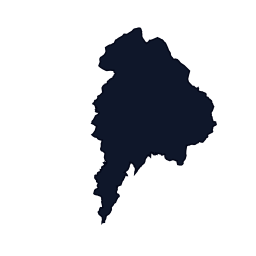 the district of Mogos, Alba, Romania, rotated 129°
{"feature_id": "2599482B52789087649839", "entity_name": "Mogos", "entity_type": "district", "adm_level": 2, "iso_a3": "ROU", "parent_name": "Romania", "parent_adm1": "Alba", "projection": "mercator", "projection_center": [23.332, 46.276], "detail": "fine", "context": "isolated", "style": "filled", "palette": "ink", "viewbox_px": 256, "rotation_deg": 129, "n_neighbors": 0, "source": "geoboundaries", "source_scale": "gbopen_adm2", "svg_char_len": 5765}
<svg xmlns="http://www.w3.org/2000/svg" viewBox="0 0 256 256"><g transform="rotate(129 128 128)"><path d="M79.6,196.0L82.1,193.2L84.0,192.5L86.2,192.3L90.0,193.3L90.4,193.6L92.0,193.2L93.4,191.8L93.7,191.1L97.9,189.7L98.0,187.7L97.7,184.9L96.9,181.3L96.5,180.6L94.9,179.1L93.6,177.6L93.2,176.8L92.1,175.3L93.2,173.9L93.4,173.3L93.3,172.5L93.7,171.8L94.5,171.7L95.4,172.0L96.7,171.5L97.6,171.7L98.3,171.1L100.9,172.3L102.2,172.7L103.5,172.6L104.0,173.0L105.0,173.0L105.4,172.8L105.9,172.0L106.1,172.0L107.3,172.4L108.0,172.9L108.3,173.3L109.6,173.1L110.1,173.3L110.1,173.6L111.2,173.7L113.0,173.3L113.0,172.8L113.9,172.6L114.2,171.8L115.0,171.3L114.9,170.8L115.1,170.7L115.5,170.7L116.0,170.1L116.6,169.9L120.7,170.4L121.8,171.2L122.6,171.2L123.3,170.4L124.6,170.0L126.8,170.2L127.2,170.9L128.0,170.9L129.4,170.1L130.6,170.6L131.2,170.5L130.9,169.2L131.0,168.2L131.7,166.4L132.1,164.9L132.3,165.0L132.5,165.8L133.1,165.0L133.5,164.8L133.8,164.0L134.4,164.5L134.6,164.0L134.5,163.5L135.4,163.6L135.5,162.9L134.7,161.5L134.1,161.1L134.1,160.2L134.6,159.8L136.7,159.8L138.4,160.6L139.3,160.8L139.9,160.5L143.6,159.8L145.1,160.0L145.7,159.8L146.3,159.2L147.2,159.1L146.5,156.6L146.6,155.3L146.3,153.5L150.6,151.7L154.3,151.4L155.9,151.8L156.0,150.2L155.8,148.5L155.7,148.0L154.9,146.7L154.8,146.1L155.2,144.4L155.0,143.2L153.6,140.3L156.4,138.9L156.8,138.9L159.0,137.0L161.4,136.0L162.0,135.2L162.2,134.1L161.6,132.6L162.0,129.8L165.6,127.8L167.3,125.3L167.5,123.7L167.8,123.1L168.4,123.2L169.1,122.3L169.5,122.4L169.3,123.0L169.3,123.8L169.6,123.4L170.1,123.7L170.2,125.0L170.4,125.1L170.7,123.7L171.5,122.5L172.2,122.8L172.2,122.4L172.4,122.3L172.7,122.5L172.8,123.0L173.4,123.0L173.9,123.5L174.4,123.3L174.5,123.7L175.2,123.5L176.5,122.3L177.2,122.4L177.7,123.2L178.7,122.2L179.7,122.3L180.0,122.1L180.3,122.2L180.7,122.9L181.9,123.3L183.0,122.8L183.2,122.6L183.1,122.4L183.5,122.1L184.6,122.4L184.9,123.3L185.6,123.7L186.0,123.6L186.4,123.3L186.8,122.5L187.5,122.5L187.9,121.7L187.8,120.5L188.1,120.4L187.8,119.8L189.4,118.5L189.1,118.0L189.3,116.2L191.9,115.6L192.4,115.1L192.6,114.2L193.0,113.4L195.0,113.8L195.9,114.4L197.3,114.6L200.4,113.2L200.4,112.3L199.9,111.0L198.9,109.2L198.6,107.8L198.0,106.7L198.4,104.6L200.0,103.3L200.4,102.5L201.9,101.9L204.1,99.0L205.7,97.5L206.2,97.6L207.1,99.1L207.7,99.2L208.9,98.8L210.4,98.0L212.0,98.2L213.2,96.1L213.2,94.0L213.3,92.0L215.5,89.8L216.8,89.3L217.9,88.5L217.4,88.5L217.0,87.9L216.1,87.0L214.9,87.9L215.0,88.1L213.9,88.1L212.5,88.4L211.6,89.1L211.1,89.1L209.9,89.8L206.8,88.8L204.4,88.9L203.8,89.2L202.1,89.5L201.9,89.9L200.8,90.6L200.7,90.9L200.2,91.3L197.3,91.2L195.4,91.6L193.7,91.0L190.2,92.0L189.5,92.0L188.7,92.4L187.0,91.9L186.4,92.2L186.0,92.8L185.8,93.5L185.8,94.1L186.3,95.4L185.8,96.2L184.8,97.3L184.1,97.3L182.7,97.7L181.8,98.6L181.3,98.8L181.3,99.2L179.8,99.3L179.9,99.8L176.7,97.8L173.8,98.9L172.4,99.3L171.1,99.1L170.1,99.8L169.1,99.6L168.0,100.1L166.6,100.4L165.7,100.4L165.6,99.6L165.7,99.1L165.4,98.7L165.1,99.2L164.4,101.8L164.3,102.1L164.7,103.0L161.0,102.1L160.1,102.1L157.3,102.9L156.4,103.6L154.4,104.1L153.5,104.9L152.9,104.2L152.8,103.8L153.0,103.5L152.3,102.3L152.6,101.9L152.6,101.1L153.0,100.7L152.9,99.8L153.1,99.1L153.7,99.2L154.2,97.4L154.5,97.0L154.5,96.3L155.3,96.3L156.1,95.2L156.7,95.4L157.3,95.2L159.3,93.9L155.9,93.9L154.3,94.3L152.0,94.2L151.0,94.4L150.3,94.3L149.9,93.9L148.3,94.1L145.2,93.5L143.6,93.9L142.2,94.7L141.0,95.2L138.3,95.3L137.2,95.7L136.6,94.6L136.0,94.7L136.3,92.4L134.2,93.9L133.4,94.8L133.2,94.9L132.8,94.3L132.1,94.6L131.9,94.0L132.4,93.9L132.2,93.1L131.5,92.7L132.5,91.7L132.5,91.4L132.3,91.0L131.8,91.1L131.7,91.0L131.7,90.2L131.3,89.8L130.7,89.7L130.6,90.0L130.5,89.8L130.2,89.9L130.1,89.7L130.4,89.4L130.3,89.2L129.8,90.3L129.5,89.5L128.4,88.3L128.2,87.4L127.2,86.3L127.2,85.8L127.7,85.5L127.7,84.7L126.7,84.0L125.5,83.5L125.3,83.2L125.3,82.7L126.9,81.2L127.8,80.0L127.5,78.9L128.0,78.5L127.0,75.1L124.2,73.3L123.5,71.6L123.1,70.1L122.5,69.2L123.1,68.8L125.0,66.4L124.2,64.8L122.9,63.2L122.0,62.9L120.9,63.0L119.7,64.2L116.1,64.3L112.9,65.7L111.8,67.1L109.5,68.8L104.7,71.6L104.2,70.9L102.7,70.1L102.5,69.6L101.6,69.3L99.8,67.9L99.8,67.2L98.6,65.8L97.7,65.4L96.5,65.2L95.5,64.4L93.5,64.4L93.3,64.1L93.0,63.0L92.7,62.2L91.9,61.1L87.7,61.0L86.5,61.4L85.1,60.6L84.6,60.7L83.5,61.9L82.6,62.0L78.0,60.0L77.3,60.2L76.8,61.4L74.6,62.3L74.0,63.0L72.7,62.8L71.0,62.1L70.8,61.9L69.9,61.7L69.2,62.5L68.9,63.1L68.3,63.7L68.8,64.7L69.5,65.4L69.5,66.2L68.5,67.4L68.5,67.8L66.6,69.8L66.5,70.9L65.0,72.0L65.1,72.3L63.5,73.4L61.6,73.5L59.2,74.3L59.1,74.7L57.6,74.8L56.8,76.7L56.2,77.4L56.1,78.0L55.8,78.6L55.9,78.9L55.3,79.5L54.7,79.8L54.4,80.6L54.5,81.2L54.3,82.2L54.6,83.1L54.0,85.1L54.5,86.2L54.7,87.3L52.7,88.7L52.5,89.1L52.5,90.0L53.1,91.8L53.3,93.0L53.8,93.6L54.7,95.5L54.8,97.2L53.1,98.0L52.6,98.9L53.5,99.0L54.3,100.0L54.5,101.2L54.3,103.0L54.8,103.5L55.2,104.1L54.4,110.0L52.5,112.6L48.3,114.7L45.0,116.1L44.3,123.6L44.7,127.9L44.4,129.7L44.1,130.4L44.1,131.4L43.9,132.7L44.4,133.3L44.4,134.1L45.1,134.9L45.7,135.1L46.1,136.6L45.6,137.8L45.5,139.1L45.1,140.2L44.4,141.4L43.3,142.4L42.6,144.3L42.4,145.3L41.1,147.4L39.0,151.5L38.5,153.0L38.6,154.6L38.2,155.4L38.1,157.2L38.5,157.8L38.7,159.7L39.2,161.0L39.2,161.8L44.2,164.4L45.9,165.6L46.4,166.4L47.6,166.0L48.0,166.2L50.0,166.5L50.7,166.9L50.3,167.7L50.5,168.7L50.4,169.7L49.8,170.9L49.6,172.3L49.2,172.9L49.0,173.8L48.1,175.2L46.5,176.4L45.4,177.7L44.5,178.2L44.2,179.1L43.9,179.2L43.4,179.9L42.9,180.9L42.9,181.7L42.6,181.9L43.3,181.8L43.9,182.8L45.2,183.6L46.8,185.0L47.8,185.5L50.4,185.6L53.2,186.7L55.2,187.3L56.2,187.9L57.6,190.0L60.1,190.0L64.3,191.7L66.4,192.2L67.5,192.8L70.9,191.9L72.6,192.9L73.9,193.2L75.2,194.4L77.1,195.2L79.6,196.0Z" fill="#0f172a" stroke="#020617" stroke-width="1.5"/></g></svg>